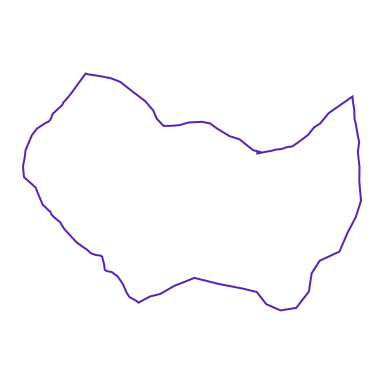 Lac Léré, Mayo-Kebbi Ouest, Chad (Albers equal-area conic projection)
{"feature_id": "50815135B81119267829848", "entity_name": "Lac Léré", "entity_type": "district", "adm_level": 2, "iso_a3": "TCD", "parent_name": "Chad", "parent_adm1": "Mayo-Kebbi Ouest", "projection": "albers", "projection_center": [14.353, 9.616], "detail": "fine", "context": "isolated", "style": "outline", "palette": "violet", "viewbox_px": 384, "rotation_deg": 0, "n_neighbors": 0, "source": "geoboundaries", "source_scale": "gbopen_adm2", "svg_char_len": 1659}
<svg xmlns="http://www.w3.org/2000/svg" viewBox="0 0 384 384"><path d="M352.5,96.5L328.7,113.1L321.9,121.4L320.2,123.5L314.1,127.3L308.2,134.8L299.5,141.4L292.2,146.5L287.3,147.0L282.0,148.9L276.1,149.6L270.2,151.1L267.2,151.5L256.5,153.7L259.1,151.7L253.0,150.1L239.5,139.3L229.7,136.2L217.4,128.8L210.2,123.5L202.3,121.8L188.4,122.5L179.7,125.1L171.5,125.8L163.6,125.9L156.8,118.8L153.2,110.5L145.4,101.3L131.7,90.9L120.1,81.8L110.4,78.1L98.4,75.9L87.4,74.2L85.5,73.6L85.3,74.0L82.8,77.4L75.1,88.0L71.9,92.4L68.5,96.8L64.3,101.5L63.4,102.5L62.7,104.1L62.2,105.1L52.8,113.7L51.3,117.5L50.5,119.5L48.8,121.5L45.4,123.0L37.0,128.6L33.4,133.2L31.9,135.2L25.6,150.0L24.7,157.6L23.4,164.3L23.0,166.4L23.3,169.8L23.7,174.8L24.2,177.4L33.1,185.2L35.6,187.6L39.5,197.1L42.6,204.5L48.0,209.8L49.1,210.9L50.1,211.2L51.0,213.4L51.4,214.4L53.9,217.1L56.8,219.5L60.0,222.0L63.6,227.9L64.0,228.7L67.4,232.4L76.7,242.5L79.7,244.6L82.9,246.9L84.5,248.0L84.8,248.2L86.6,249.3L91.0,253.3L92.1,253.7L95.7,255.0L100.1,255.5L102.1,256.5L103.3,261.3L104.1,264.3L104.7,269.7L106.8,271.1L111.7,272.0L117.7,276.5L122.9,284.1L126.9,293.2L127.4,293.9L129.5,297.1L136.4,300.9L138.4,302.6L149.9,296.5L160.4,293.9L174.2,285.9L194.4,277.9L219.0,284.0L241.9,288.4L256.8,292.0L266.2,304.1L280.5,310.4L296.2,307.9L308.9,291.5L311.6,273.4L319.7,260.7L339.4,251.6L347.3,233.3L355.9,216.8L361.0,200.7L359.3,181.2L359.5,166.8L358.6,159.4L358.2,155.6L358.0,153.3L357.8,151.9L358.5,147.1L358.7,145.4L359.2,141.6L358.6,139.3L358.0,136.9L357.1,131.7L356.2,126.1L354.4,118.1L354.4,115.0L354.3,112.3L354.2,109.5L354.0,108.2L352.9,101.7L352.5,96.5Z" fill="none" stroke="#5b21b6" stroke-width="2"/></svg>